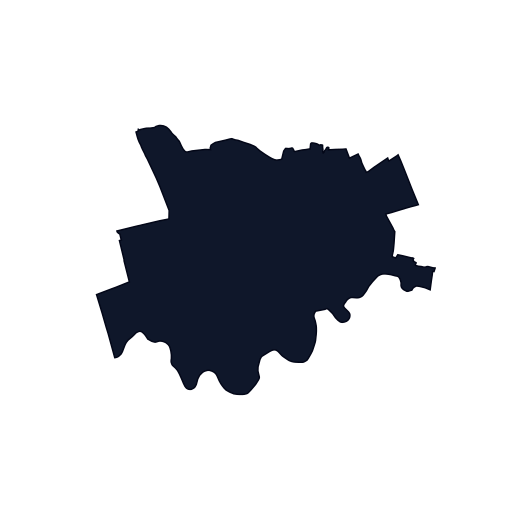 the district of Gramesti, Botosani, Romania, rotated 121°
{"feature_id": "2599482B6407705991691", "entity_name": "Gramesti", "entity_type": "district", "adm_level": 2, "iso_a3": "ROU", "parent_name": "Romania", "parent_adm1": "Botosani", "projection": "mercator", "projection_center": [26.148, 47.907], "detail": "fine", "context": "isolated", "style": "filled", "palette": "ink", "viewbox_px": 512, "rotation_deg": 121, "n_neighbors": 0, "source": "geoboundaries", "source_scale": "gbopen_adm2", "svg_char_len": 6122}
<svg xmlns="http://www.w3.org/2000/svg" viewBox="0 0 512 512"><g transform="rotate(121 256 256)"><path d="M208.0,422.1L209.9,421.4L211.5,422.7L214.8,419.3L216.6,417.3L218.5,414.8L220.4,411.7L221.5,410.4L223.1,408.1L225.6,404.1L226.9,402.4L228.8,399.1L240.5,381.7L246.0,374.1L261.7,353.9L269.1,349.7L275.6,356.9L292.3,374.1L306.2,388.1L306.9,387.3L307.3,385.6L307.3,384.0L310.2,381.2L311.6,379.6L313.1,381.0L328.0,366.3L328.2,366.5L343.4,351.2L354.9,359.9L358.0,362.4L363.7,366.9L371.2,372.8L378.7,364.5L384.5,358.1L394.1,347.8L398.6,342.8L415.9,324.7L415.5,324.2L414.9,323.6L414.1,322.9L413.3,322.4L412.4,322.0L409.7,321.2L407.9,321.2L406.6,321.3L400.5,322.4L399.0,322.6L396.9,322.7L395.3,322.5L393.9,322.3L388.9,320.6L385.5,319.7L384.3,319.5L383.5,319.2L382.4,318.6L381.4,317.9L380.9,317.5L380.4,316.9L380.1,316.2L379.9,315.7L379.8,315.0L379.9,313.9L380.4,311.6L381.1,309.7L382.6,306.6L383.0,305.7L382.9,305.5L382.8,301.7L382.6,300.7L382.0,298.6L381.7,298.0L381.3,297.5L379.0,295.4L378.5,294.8L378.2,294.3L377.7,293.3L377.2,291.9L376.9,290.6L376.7,289.1L376.7,287.9L376.9,287.1L377.1,285.7L377.4,285.0L377.8,284.0L378.3,283.3L378.9,282.5L381.2,280.1L384.3,277.6L387.3,275.8L388.7,275.2L389.7,274.7L390.6,274.1L392.0,272.5L392.7,271.3L392.8,270.8L393.5,267.3L394.4,264.6L395.1,263.3L396.6,260.8L399.6,256.5L402.4,252.7L404.2,249.9L404.8,248.4L405.0,247.8L405.1,247.0L405.1,246.3L405.0,245.5L404.6,244.4L404.1,243.5L403.6,242.8L403.2,242.5L401.9,241.7L400.9,241.2L400.3,241.0L399.3,240.9L397.0,241.0L391.4,242.6L390.2,242.7L387.3,242.9L384.0,242.1L382.8,241.7L381.7,241.1L381.0,240.6L379.8,239.5L379.1,238.8L378.6,238.1L378.2,237.5L377.9,236.8L377.6,235.5L377.3,234.3L377.2,232.2L377.3,231.5L377.5,230.3L377.8,229.5L378.1,228.8L378.8,227.6L381.9,223.2L383.0,221.3L383.7,220.0L384.6,218.0L385.6,215.4L386.3,212.6L386.2,208.8L386.1,207.8L385.6,204.6L385.6,204.2L384.3,201.1L383.3,199.2L381.6,196.3L380.7,195.1L380.3,194.6L378.8,193.1L377.9,192.5L376.1,192.0L373.5,191.4L367.5,190.4L365.9,190.2L361.0,190.1L359.9,190.2L358.8,190.4L358.1,190.8L357.5,191.3L356.2,192.6L353.6,195.1L352.6,195.7L349.9,197.2L347.5,197.9L342.7,199.3L341.6,199.4L339.9,199.5L338.7,199.2L330.7,195.1L329.0,194.0L328.2,193.4L327.2,192.3L326.6,191.2L326.4,190.6L326.3,189.7L326.3,188.8L326.4,187.9L326.8,186.4L327.9,182.7L328.1,181.6L328.3,179.2L328.3,178.9L328.5,175.3L328.5,173.6L328.3,172.5L328.0,171.0L327.4,169.2L326.7,167.7L325.0,164.5L323.1,161.4L322.7,160.9L321.7,160.1L319.9,159.1L319.1,158.7L318.6,158.6L316.5,158.5L311.6,158.6L308.6,158.8L307.4,159.0L303.4,159.9L299.7,160.8L297.9,161.4L293.4,163.5L293.1,163.7L292.9,163.7L291.1,164.6L289.2,165.6L286.3,167.4L284.8,168.5L283.0,170.1L281.2,171.8L278.9,174.5L278.0,175.3L277.3,175.7L276.5,176.1L275.7,176.3L275.1,176.4L273.2,176.5L272.5,176.4L266.2,169.4L265.0,168.6L264.4,167.8L264.6,166.0L265.2,163.5L265.8,161.0L266.0,160.4L267.9,156.2L268.1,155.5L268.8,152.9L269.0,151.1L269.1,150.1L269.0,149.4L268.7,148.5L268.4,147.9L267.3,146.5L266.4,145.7L265.4,144.9L264.3,144.4L263.4,144.1L262.1,144.0L261.0,144.0L259.8,144.3L258.4,145.0L257.5,145.7L256.9,146.6L256.3,147.9L255.0,153.2L254.7,153.9L254.4,154.5L254.0,155.1L253.6,155.4L252.1,155.7L251.1,155.7L249.3,155.5L248.2,155.5L247.2,155.4L246.3,155.2L244.9,154.7L244.1,154.3L243.1,153.6L242.6,153.1L242.0,152.2L240.0,148.2L239.4,147.3L238.7,146.4L237.9,145.7L236.9,145.0L236.0,144.5L235.0,144.2L234.3,144.0L229.0,143.5L224.0,143.7L223.1,143.6L218.0,142.9L211.7,141.6L210.6,141.3L209.6,140.9L207.7,139.6L206.9,138.9L206.3,138.3L205.6,137.3L204.7,135.8L203.6,133.5L202.5,130.8L201.2,126.3L200.9,125.6L200.7,125.0L200.4,123.8L200.5,122.8L200.7,122.3L201.5,120.9L202.3,119.8L204.0,118.0L204.9,117.4L206.4,116.6L207.0,116.1L207.7,115.4L208.0,114.9L208.3,114.3L208.7,112.8L208.8,112.2L208.7,110.2L208.6,108.7L208.4,108.3L208.2,107.9L207.7,107.3L205.2,105.1L205.1,104.9L202.8,104.9L201.0,104.3L199.0,103.0L197.7,99.9L196.1,94.7L195.3,89.3L186.8,93.0L181.2,95.3L178.3,96.7L177.7,95.4L174.2,96.2L174.0,96.3L174.8,97.8L175.2,98.9L176.4,103.0L177.0,104.0L178.4,105.2L179.2,106.6L179.9,108.9L180.5,110.2L181.1,111.4L181.9,114.3L181.9,114.6L181.8,114.8L181.1,115.0L179.4,115.2L179.3,115.7L179.5,118.4L178.6,118.8L178.5,119.1L178.5,119.4L178.3,119.6L176.9,119.6L176.9,120.7L177.2,120.9L178.0,123.1L180.2,130.2L181.9,135.1L185.8,135.2L186.4,139.0L184.7,139.7L181.4,140.8L179.3,141.7L174.5,144.0L163.6,149.6L163.3,150.3L162.4,151.8L161.5,153.0L154.6,164.8L153.2,166.4L148.9,162.2L145.2,158.9L138.1,152.5L133.5,148.2L130.7,145.4L128.4,143.3L118.5,156.6L104.9,174.3L100.0,180.8L96.1,186.3L97.5,186.8L106.1,191.0L105.5,192.1L104.2,193.6L118.9,200.4L126.0,203.3L127.5,204.6L126.6,205.7L125.9,207.1L124.0,210.0L121.8,213.2L119.1,216.1L118.2,217.4L117.1,219.4L116.0,221.0L124.0,226.3L117.9,234.0L120.0,236.9L123.5,242.4L127.7,248.6L125.8,249.2L125.6,249.9L125.8,250.4L126.1,250.9L126.8,251.2L129.0,251.1L130.4,251.4L131.1,251.4L131.9,251.1L132.8,251.3L133.1,251.5L132.9,251.9L132.4,252.5L130.4,253.4L129.5,254.1L128.5,254.9L127.0,255.8L126.7,256.1L126.8,256.5L127.0,257.0L127.5,258.0L128.1,258.5L128.5,259.1L128.4,260.5L128.5,261.5L128.8,262.7L129.4,264.5L130.1,266.0L130.6,266.7L131.4,266.9L131.8,266.9L136.3,264.8L137.4,266.1L139.2,268.2L141.4,271.1L146.4,276.4L146.6,276.9L146.6,277.1L145.7,278.4L144.8,280.0L144.8,280.6L145.1,281.1L146.0,281.9L147.2,283.4L148.4,285.9L148.9,286.1L151.8,286.3L159.8,283.8L161.3,285.3L163.2,287.7L163.9,289.7L164.3,292.5L164.4,295.5L164.3,300.5L163.9,306.7L163.2,310.9L162.8,312.2L162.8,314.1L163.4,318.6L165.0,325.3L166.1,330.9L167.3,334.0L167.3,334.5L167.5,334.8L167.7,336.4L168.0,337.3L169.4,338.9L172.4,341.8L179.6,349.3L182.0,350.6L184.2,351.6L185.6,351.2L186.6,351.0L187.4,350.5L188.2,349.7L190.9,354.5L199.0,365.1L202.5,368.7L202.9,370.1L202.8,371.2L201.8,373.8L200.0,376.8L197.9,379.8L197.1,381.1L196.6,382.8L195.8,384.9L195.2,386.1L194.8,388.4L194.5,389.9L194.1,391.4L193.4,392.8L192.2,396.2L191.7,399.1L191.8,400.1L192.1,402.2L192.5,403.2L193.3,405.1L194.1,406.3L196.4,408.4L198.2,409.2L201.0,412.7L202.8,415.6L204.1,417.1L207.1,420.2L208.0,420.7L208.0,422.1Z" fill="#0f172a" stroke="#020617" stroke-width="1.5"/></g></svg>